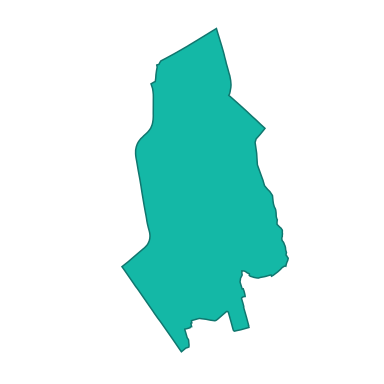 Oshodi/Isolo, Lagos, Nigeria, rotated 165°
{"feature_id": "59680162B18924931802221", "entity_name": "Oshodi/Isolo", "entity_type": "district", "adm_level": 2, "iso_a3": "NGA", "parent_name": "Nigeria", "parent_adm1": "Lagos", "projection": "robinson", "projection_center": [3.31, 6.537], "detail": "fine", "context": "isolated", "style": "filled", "palette": "teal", "viewbox_px": 384, "rotation_deg": 165, "n_neighbors": 0, "source": "geoboundaries", "source_scale": "gbopen_adm2", "svg_char_len": 4150}
<svg xmlns="http://www.w3.org/2000/svg" viewBox="0 0 384 384"><g transform="rotate(165 192 192)"><path d="M279.0,138.0L278.1,135.6L277.0,132.6L273.6,123.1L270.8,115.1L269.8,112.8L268.6,109.5L266.0,102.2L262.6,92.7L260.3,86.3L260.2,85.9L260.0,85.3L259.8,84.8L259.7,84.3L259.2,83.1L258.7,81.7L257.9,79.5L256.8,76.8L256.1,75.1L248.7,54.7L244.7,43.4L243.6,40.4L238.4,42.8L236.5,42.9L235.1,43.1L234.9,43.7L234.5,44.8L234.3,45.8L234.1,47.2L233.7,49.4L233.6,50.0L233.9,51.2L234.2,51.9L234.4,52.8L234.4,55.4L234.5,59.5L234.6,60.2L234.6,60.8L234.5,61.4L232.2,61.3L229.0,61.4L228.5,62.1L227.2,62.0L227.1,65.5L226.0,65.6L225.9,67.9L220.7,68.0L217.6,68.0L215.8,67.2L211.5,65.5L207.3,63.4L203.2,61.7L201.9,61.8L200.1,62.5L193.8,65.6L189.6,67.6L189.1,67.6L188.3,67.0L188.0,66.2L187.9,54.5L187.9,49.0L187.8,47.6L187.6,47.2L187.0,46.6L184.2,46.5L180.6,46.3L172.0,46.4L172.0,47.7L172.1,48.1L171.8,48.2L171.8,48.5L171.8,52.4L171.8,56.7L171.9,62.9L172.0,67.3L171.7,67.5L171.6,68.6L171.6,69.6L171.6,71.6L171.7,75.1L171.7,76.3L171.1,77.1L170.5,77.3L169.4,77.5L168.3,77.4L167.7,77.3L167.5,78.7L167.4,80.7L167.4,83.0L167.6,85.3L168.6,85.4L168.8,89.7L168.9,92.8L168.5,93.5L167.4,96.2L166.0,97.7L165.0,98.9L164.9,100.2L164.7,101.3L164.4,102.1L164.3,102.8L163.6,102.6L162.5,102.4L161.5,101.8L160.8,101.1L159.4,99.4L158.8,99.0L157.8,98.2L157.7,98.0L158.3,96.7L157.8,95.9L157.3,95.4L156.6,95.0L154.3,93.5L151.8,92.3L150.2,91.7L149.4,91.7L148.3,91.8L146.9,91.7L144.6,91.5L142.4,91.4L139.5,91.5L137.7,91.5L137.1,91.4L137.0,90.1L136.6,90.2L136.2,90.2L134.7,90.7L132.7,91.5L130.0,92.6L128.4,93.4L126.5,94.4L124.6,95.6L122.7,96.2L122.5,96.3L122.4,96.3L121.1,96.4L120.6,96.0L120.2,96.7L119.6,97.9L118.7,99.3L117.4,100.9L116.5,102.5L116.3,102.9L116.3,103.0L116.2,103.2L116.9,105.1L116.9,105.3L116.9,105.6L117.3,106.0L117.4,106.3L117.4,106.5L117.3,107.1L117.2,107.7L116.7,108.5L116.4,109.1L116.5,110.1L116.5,111.1L116.5,111.4L116.4,112.7L116.2,113.4L116.1,114.3L116.1,115.9L116.4,117.7L116.4,118.6L116.7,120.0L117.2,121.0L117.5,122.2L117.6,122.3L117.4,122.9L117.3,123.8L117.0,124.7L116.4,125.5L116.2,125.9L116.0,126.8L115.8,127.4L115.5,127.9L115.4,128.4L115.2,129.8L114.7,131.2L114.7,131.8L114.7,132.1L115.4,134.1L116.4,135.5L118.2,138.7L118.2,138.8L117.7,140.8L116.9,142.9L116.8,143.0L117.0,144.5L117.0,145.9L117.0,146.3L116.8,147.3L116.5,148.6L116.2,150.0L115.9,152.0L115.8,153.3L115.8,153.5L115.9,154.5L116.3,156.2L116.4,159.1L116.4,159.3L116.1,162.1L115.2,167.6L115.2,167.8L116.7,172.3L118.3,175.0L120.3,179.3L120.4,183.1L120.4,184.3L120.4,184.6L120.4,184.9L120.7,188.1L121.8,201.3L121.0,205.4L119.5,212.8L119.0,217.0L118.2,223.6L116.3,226.7L111.4,229.9L107.1,233.0L105.0,234.6L108.2,239.6L111.9,245.7L114.1,249.0L114.3,249.3L119.3,257.4L128.1,270.9L130.8,274.9L131.5,275.8L130.3,277.1L129.3,278.9L127.4,283.0L126.6,285.3L125.8,289.6L125.5,293.3L125.4,294.5L125.5,297.1L125.5,301.7L125.6,307.8L125.5,309.2L125.5,310.8L125.5,312.4L125.5,314.0L125.4,316.1L125.4,317.9L125.4,318.9L125.5,325.1L125.8,334.0L126.0,339.3L126.1,343.6L130.6,342.3L149.2,336.8L154.4,335.3L159.5,333.8L173.5,330.1L182.7,327.9L188.1,326.7L188.5,326.4L190.3,324.6L191.0,323.8L191.4,323.8L192.9,323.9L193.2,323.8L193.3,322.1L193.4,321.5L194.7,318.8L196.4,314.8L197.6,311.3L198.9,308.2L200.3,308.0L202.0,307.5L203.6,307.1L203.5,305.7L203.3,302.3L203.6,299.5L204.1,296.4L204.8,293.6L205.6,290.7L206.9,285.9L209.1,277.9L209.6,275.9L210.1,274.2L210.9,271.8L212.2,268.9L213.1,267.3L214.0,266.1L215.4,264.3L217.2,262.8L219.3,261.3L221.1,260.3L224.2,258.7L225.3,258.0L226.6,257.3L227.6,256.8L230.1,254.9L231.3,253.8L232.6,252.3L233.2,251.4L233.7,250.7L234.1,250.1L235.6,247.1L236.1,245.3L236.6,243.5L236.9,241.9L237.2,239.6L237.5,235.8L238.0,230.6L238.3,227.5L239.1,217.5L239.8,210.4L240.3,205.9L240.5,204.0L240.9,199.9L241.7,191.6L242.4,183.3L242.4,182.8L242.7,179.3L242.9,177.3L243.1,175.9L243.3,172.9L243.4,169.3L243.4,167.8L243.4,165.6L243.4,164.5L243.5,163.1L243.7,161.7L244.0,160.2L244.3,159.5L244.7,158.2L245.4,156.9L246.0,155.8L246.9,154.7L247.9,153.5L249.2,152.3L252.3,150.4L254.1,149.6L258.5,147.5L265.4,144.2L271.6,141.2L275.5,139.5L279.0,138.0Z" fill="#14b8a6" stroke="#0f766e" stroke-width="1.5"/></g></svg>